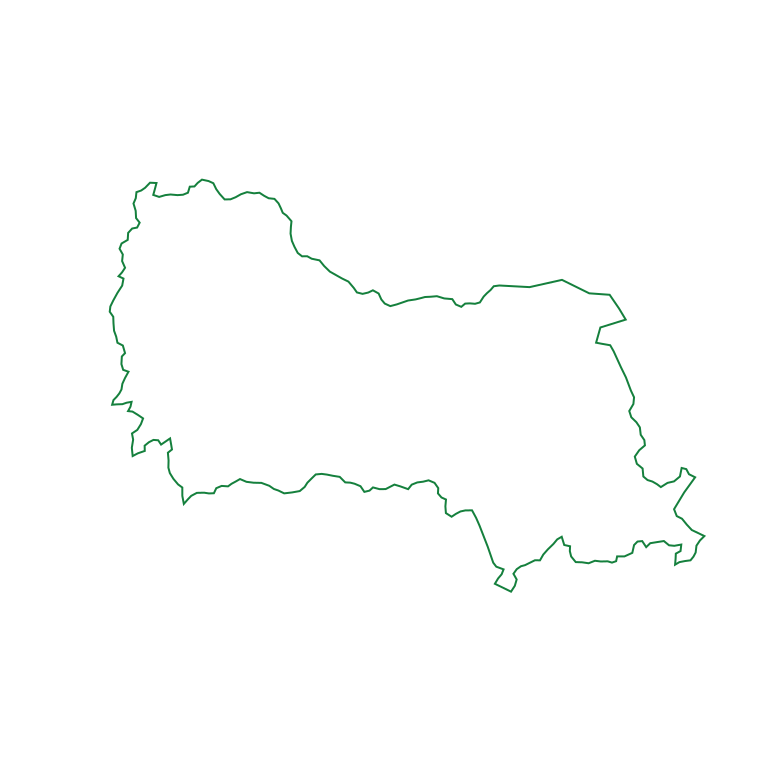 Orleans, Santa Catarina, Brazil (Robinson projection), rotated 341°
{"feature_id": "56859067B52517514114560", "entity_name": "Orleans", "entity_type": "district", "adm_level": 2, "iso_a3": "BRA", "parent_name": "Brazil", "parent_adm1": "Santa Catarina", "projection": "robinson", "projection_center": [-49.38, -28.28], "detail": "fine", "context": "isolated", "style": "outline", "palette": "green", "viewbox_px": 768, "rotation_deg": 341, "n_neighbors": 0, "source": "geoboundaries", "source_scale": "gbopen_adm2", "svg_char_len": 4018}
<svg xmlns="http://www.w3.org/2000/svg" viewBox="0 0 768 768"><g transform="rotate(341 384 384)"><path d="M155.7,432.2L161.0,429.2L165.3,427.0L171.6,426.0L178.5,428.2L182.9,430.5L187.6,431.9L191.5,427.9L197.3,427.5L203.2,430.0L207.4,428.7L212.2,427.9L216.9,427.0L222.1,431.7L228.6,434.9L235.9,437.6L242.4,442.9L245.7,447.4L249.4,450.3L254.0,454.9L261.8,456.6L269.5,457.8L275.5,455.5L279.4,452.4L284.9,449.7L290.0,447.3L295.8,448.7L300.6,451.1L305.7,454.1L311.9,457.4L315.3,464.4L320.0,466.3L323.7,468.7L328.5,473.0L330.3,479.6L335.6,480.1L339.9,478.2L345.6,482.0L351.4,483.9L356.2,483.2L361.1,482.5L366.1,486.1L372.6,491.3L377.4,488.2L383.4,487.9L389.2,489.1L394.8,489.6L399.6,493.9L401.4,500.1L399.4,505.0L401.4,510.0L405.0,513.4L402.2,519.7L400.5,526.2L404.7,531.5L409.7,530.2L414.8,529.4L419.7,530.0L426.1,532.1L427.5,540.5L428.2,548.9L429.1,571.6L429.1,588.5L430.7,593.3L436.7,598.2L433.3,602.2L428.6,605.0L423.8,609.0L436.5,621.7L442.0,617.4L445.8,612.0L444.6,605.6L449.2,602.3L454.2,600.9L458.4,601.2L463.0,600.6L469.3,599.8L474.1,601.5L479.1,597.1L485.1,593.7L492.1,590.4L497.2,587.3L502.3,586.3L502.0,594.9L507.1,598.0L505.3,602.5L504.8,608.0L507.3,614.8L513.3,617.1L519.1,620.1L525.9,619.8L531.2,622.4L537.8,624.5L541.4,627.1L545.8,627.1L548.3,622.9L555.2,625.3L563.8,624.5L568.0,617.7L572.4,615.5L577.0,616.6L578.8,623.6L583.9,621.2L590.8,622.4L597.5,623.6L601.0,629.3L605.8,631.5L612.8,632.6L610.0,638.5L604.7,639.4L602.8,644.2L600.4,649.6L605.3,648.6L611.0,649.4L616.4,650.5L620.4,648.0L623.8,644.8L626.8,638.6L631.8,634.8L637.4,632.1L632.5,627.2L627.5,622.3L624.5,615.5L621.9,608.4L617.8,604.2L617.5,596.8L632.6,584.2L647.8,573.5L643.0,568.6L642.1,562.9L638.1,560.3L633.7,567.8L626.5,570.5L619.9,569.8L612.2,571.6L609.5,567.6L606.0,563.6L601.9,560.6L599.1,555.9L601.0,548.1L597.1,541.8L597.5,534.3L603.8,529.7L610.7,527.0L611.9,521.8L610.2,515.6L611.8,508.3L610.2,502.3L607.0,496.0L607.1,489.4L613.3,484.1L616.1,478.0L615.3,470.6L614.9,456.6L613.5,445.4L611.8,427.9L610.5,421.0L602.7,416.7L598.0,414.0L607.0,401.0L633.5,401.8L630.8,389.1L626.4,373.1L607.6,365.1L586.2,343.5L553.2,339.8L525.1,328.4L519.6,327.3L515.4,329.8L510.8,331.7L506.7,333.8L501.2,338.1L496.2,337.8L491.4,335.7L486.9,334.4L482.2,336.2L477.8,332.2L476.2,326.0L468.8,322.7L462.6,318.2L456.6,316.7L451.1,315.1L446.9,314.8L441.4,314.3L433.9,312.9L427.8,312.9L422.0,312.9L415.3,312.4L410.9,308.2L409.0,303.2L408.4,296.7L404.0,291.8L398.9,292.4L393.1,291.8L388.2,288.6L386.7,283.3L383.7,275.6L378.8,270.7L374.7,266.1L369.4,260.1L365.8,252.9L363.3,246.1L356.4,242.0L353.0,238.2L348.1,236.6L345.1,232.0L344.0,225.0L343.5,218.7L344.6,211.4L347.1,205.2L349.5,200.0L346.7,193.0L344.0,189.2L343.7,184.3L343.1,178.9L340.7,173.3L335.4,170.8L332.0,167.1L328.5,162.6L323.2,161.4L317.0,158.0L310.5,158.0L304.5,159.1L299.0,159.4L293.4,157.6L290.5,150.8L288.8,145.1L288.0,138.6L284.2,135.0L278.4,131.5L273.3,133.2L269.1,135.5L264.6,134.2L260.9,139.3L255.6,139.6L250.3,138.2L243.8,135.3L238.7,134.2L232.3,133.9L227.4,130.1L231.1,124.7L234.3,119.9L228.3,117.5L222.0,120.7L217.4,122.0L212.4,122.0L209.8,127.5L205.9,131.8L205.6,139.4L203.6,146.4L205.5,151.9L201.5,155.7L196.5,155.0L191.3,157.8L188.6,164.3L181.6,165.7L178.0,170.0L179.2,176.5L176.4,182.5L177.0,189.8L172.6,193.2L168.1,195.7L172.0,199.5L168.5,205.7L161.6,211.1L155.2,216.9L150.5,221.6L148.2,226.4L149.9,232.3L148.0,238.5L146.1,245.8L146.2,252.0L145.4,258.2L149.6,262.6L149.2,270.5L145.1,272.6L142.2,279.7L142.0,285.7L146.4,289.2L141.1,294.0L136.7,298.6L134.0,303.7L130.7,306.7L127.0,309.1L123.0,311.1L120.2,315.1L124.9,316.3L130.1,317.9L134.6,317.9L139.5,318.7L136.9,322.9L133.2,326.3L137.2,328.2L141.4,333.3L145.0,338.1L141.1,342.8L135.8,347.1L129.6,348.7L128.7,354.9L124.8,362.2L122.9,370.3L128.7,369.4L136.0,369.4L137.6,364.4L142.8,362.5L147.8,361.8L152.2,363.7L153.5,368.7L157.9,367.5L164.0,365.8L163.1,371.5L162.2,376.9L157.3,378.6L155.4,386.2L152.9,392.9L152.5,398.5L154.0,405.1L156.6,411.9L159.6,416.2L156.9,424.1L155.7,432.2Z" fill="none" stroke="#15803d" stroke-width="2"/></g></svg>